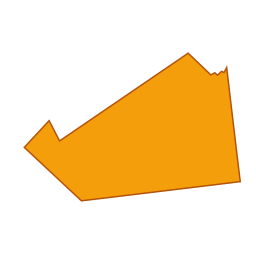 the district of Live Oak, Texas, United States of America, rotated 263°
{"feature_id": "52423323B21847190963699", "entity_name": "Live Oak", "entity_type": "district", "adm_level": 2, "iso_a3": "USA", "parent_name": "United States of America", "parent_adm1": "Texas", "projection": "orthographic", "projection_center": [-98.0, 28.422], "detail": "fine", "context": "isolated", "style": "filled", "palette": "amber", "viewbox_px": 256, "rotation_deg": 263, "n_neighbors": 0, "source": "geoboundaries", "source_scale": "gbopen_adm2", "svg_char_len": 344}
<svg xmlns="http://www.w3.org/2000/svg" viewBox="0 0 256 256"><g transform="rotate(263 128 128)"><path d="M176.0,233.3L171.4,230.1L172.8,227.8L169.5,223.2L172.2,221.0L170.6,216.7L192.6,198.7L194.9,196.8L123.5,58.5L144.9,50.6L121.4,22.7L61.4,72.9L61.1,232.9L86.3,232.9L176.0,233.3Z" fill="#f59e0b" stroke="#b45309" stroke-width="1.5"/></g></svg>